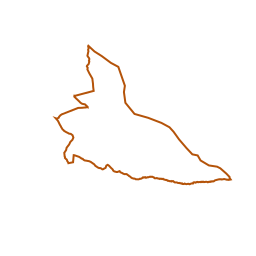 Berekum West, Brong Ahafo, Ghana, rotated 334°
{"feature_id": "2480657B54527757245703", "entity_name": "Berekum West", "entity_type": "district", "adm_level": 2, "iso_a3": "GHA", "parent_name": "Ghana", "parent_adm1": "Brong Ahafo", "projection": "mercator", "projection_center": [-2.676, 7.472], "detail": "fine", "context": "isolated", "style": "outline", "palette": "amber", "viewbox_px": 256, "rotation_deg": 334, "n_neighbors": 0, "source": "geoboundaries", "source_scale": "gbopen_adm2", "svg_char_len": 5568}
<svg xmlns="http://www.w3.org/2000/svg" viewBox="0 0 256 256"><g transform="rotate(334 128 128)"><path d="M197.7,219.3L197.4,217.5L197.8,216.5L196.4,212.1L193.3,204.7L191.1,201.8L184.3,197.1L179.0,189.0L178.6,183.2L174.3,179.9L171.8,171.8L168.9,160.7L167.3,151.3L165.6,145.5L160.3,138.1L150.6,127.7L140.0,118.2L136.7,104.2L140.1,93.9L143.7,88.7L146.1,68.8L141.2,62.0L135.9,51.8L131.4,44.5L128.4,36.7L128.1,36.9L128.0,37.2L127.8,37.6L127.8,38.9L126.8,39.8L126.5,40.1L126.3,40.7L126.1,41.5L126.0,41.8L125.3,42.6L123.9,44.4L123.6,44.8L123.3,45.1L123.2,45.4L123.2,45.7L123.2,46.0L123.4,47.0L123.6,48.0L123.6,48.3L123.5,49.0L122.6,50.3L122.4,50.4L122.3,50.5L122.3,51.4L120.7,53.2L120.3,53.4L119.1,53.8L118.8,54.0L118.3,54.2L118.0,54.6L118.2,56.2L117.9,56.6L117.2,57.5L117.2,59.0L117.2,62.0L117.6,67.8L117.6,68.0L116.9,70.0L116.0,72.7L114.7,75.8L113.4,79.6L94.3,75.8L94.0,75.5L93.6,76.0L93.5,76.4L93.6,76.8L93.9,77.2L94.1,78.2L94.9,80.2L96.0,83.2L96.2,84.0L96.5,84.7L97.3,86.0L98.2,86.8L99.2,87.5L99.6,87.8L99.9,88.3L100.1,89.2L100.5,89.8L100.6,90.1L100.5,90.6L100.5,90.8L100.6,91.2L100.9,91.4L100.8,91.7L100.5,91.4L98.9,91.0L97.8,90.5L95.6,89.7L92.0,88.1L75.6,86.8L74.8,86.7L73.8,86.8L73.0,86.9L72.2,87.2L71.5,87.5L71.1,87.6L70.8,87.8L70.3,88.4L68.1,88.4L67.9,88.2L67.3,87.6L67.9,89.8L68.1,90.3L68.2,91.7L68.2,92.9L68.2,95.3L68.4,97.2L68.3,98.2L68.5,99.2L68.5,100.1L68.6,100.7L69.1,101.5L69.2,102.4L70.7,104.7L71.8,106.1L72.5,107.2L73.1,107.6L74.0,108.2L75.0,110.2L74.7,112.7L72.8,114.3L71.3,114.8L70.8,115.0L69.6,115.5L69.4,115.8L67.9,117.0L64.2,118.8L62.7,120.7L59.8,122.4L59.7,122.8L58.6,125.8L58.7,126.0L58.6,126.7L58.2,127.2L58.3,127.6L58.7,128.8L59.0,129.2L59.1,129.8L59.0,130.8L58.9,131.2L59.0,131.8L59.1,132.0L59.1,132.5L59.1,133.0L59.0,133.5L63.6,134.7L67.3,128.6L67.8,128.9L70.1,131.2L70.8,131.9L71.4,132.5L71.7,133.1L72.0,133.5L72.4,134.0L72.5,134.3L72.5,134.5L72.7,134.9L73.1,135.4L73.7,135.7L73.8,135.9L74.0,136.8L74.5,137.7L75.0,138.3L75.8,138.8L78.1,140.5L78.6,140.9L79.6,142.1L79.9,142.5L80.0,142.9L80.2,143.2L80.5,143.6L80.8,144.1L81.0,144.6L81.1,144.9L81.5,145.4L81.7,145.8L82.0,147.3L82.0,147.6L82.5,148.5L82.8,148.7L83.1,149.5L83.5,150.2L83.8,150.5L84.5,151.4L84.9,151.5L85.9,152.2L86.1,152.6L86.4,153.1L86.8,153.9L87.9,154.2L88.2,154.1L88.5,154.0L90.1,154.0L90.3,154.0L90.5,153.9L91.2,153.1L92.1,152.3L93.6,152.2L94.4,153.6L94.6,154.2L94.9,155.3L95.4,156.8L96.0,158.3L96.1,158.8L96.0,159.6L96.1,160.0L96.7,161.1L97.5,161.7L98.3,162.5L99.2,162.9L100.8,163.0L101.5,163.1L101.5,163.4L101.7,164.2L101.8,164.5L102.5,165.3L103.1,166.0L103.5,166.6L103.6,166.9L104.7,168.0L106.2,168.6L106.7,169.0L107.0,169.9L107.7,170.9L107.9,171.7L108.5,172.4L109.1,173.9L109.8,175.0L110.6,175.6L110.9,176.0L111.8,176.4L111.9,176.5L112.5,177.5L115.1,178.8L116.1,178.9L116.4,178.8L116.6,178.9L116.8,179.1L117.2,179.2L117.7,179.3L118.4,179.3L118.9,179.2L119.2,179.1L119.6,178.9L119.9,178.9L120.1,179.0L120.3,179.4L120.7,179.4L120.8,179.6L121.2,179.6L121.8,179.7L121.8,179.8L122.2,180.4L122.2,180.5L122.6,180.7L122.9,180.7L123.8,180.7L124.0,180.8L124.2,181.1L124.6,181.2L125.6,181.3L126.2,181.4L126.5,181.4L126.9,181.8L127.0,181.9L127.3,181.9L127.7,182.2L127.9,182.2L128.3,182.3L128.6,182.7L129.6,183.7L129.7,184.0L129.7,184.3L129.8,184.4L129.8,184.6L130.1,185.0L130.4,185.1L131.3,185.5L132.0,185.6L132.5,186.3L132.8,186.4L133.1,186.7L133.5,187.1L133.8,187.3L134.0,187.3L134.2,187.7L134.7,187.7L134.8,187.9L135.6,188.1L135.9,188.6L136.3,188.7L136.5,188.9L136.7,189.0L137.2,189.0L137.3,189.2L137.3,189.4L137.3,189.6L137.5,189.8L137.9,190.2L138.1,190.2L138.3,190.4L138.5,190.7L139.3,191.4L139.7,191.5L139.9,191.9L140.5,192.3L140.6,192.6L140.6,192.8L140.7,193.0L141.2,193.1L141.5,193.5L141.8,193.8L142.0,194.0L142.3,194.0L142.5,194.1L142.9,194.5L143.1,194.7L143.4,194.7L143.4,194.9L143.4,195.0L143.5,195.1L144.0,195.0L144.5,195.2L144.7,195.4L145.2,195.4L145.3,195.5L145.5,195.9L145.5,196.2L145.5,196.3L145.7,196.5L145.9,196.9L146.2,197.3L146.3,197.5L147.6,198.1L148.1,198.4L148.6,199.1L150.1,200.1L150.5,200.1L150.8,200.7L150.9,200.8L151.7,201.1L151.8,201.2L151.8,201.4L151.9,201.6L152.1,201.6L152.2,201.8L152.4,201.9L152.5,201.9L152.5,202.2L152.6,202.3L152.9,202.5L153.3,202.6L153.7,202.9L153.9,202.9L154.1,202.9L154.4,202.8L154.6,202.8L154.7,203.0L155.3,203.6L155.7,204.0L156.4,204.2L157.1,204.4L157.6,204.5L157.9,204.8L158.2,204.9L158.4,205.1L158.5,205.4L158.8,205.6L160.4,205.6L160.5,205.6L161.6,206.0L161.9,206.0L161.9,206.3L162.0,206.4L162.3,206.3L162.7,206.0L162.8,205.7L163.0,205.6L164.3,206.1L164.6,206.7L164.8,206.8L165.1,206.8L165.6,206.7L165.9,206.7L166.2,206.7L166.5,207.0L167.0,207.0L167.5,207.6L167.8,207.6L168.8,208.0L169.4,208.2L169.4,208.3L169.6,208.5L169.8,208.4L170.1,208.4L170.2,208.6L170.4,208.8L170.9,208.8L171.3,209.2L171.8,209.1L172.0,209.2L172.0,209.4L172.2,209.5L172.4,209.7L172.5,209.9L173.2,210.1L173.3,210.2L173.5,210.2L174.2,210.5L174.6,210.5L175.2,211.0L175.8,211.4L176.0,211.8L177.1,211.8L177.3,211.9L177.5,211.9L177.6,212.1L177.8,212.3L178.0,212.3L178.3,212.5L179.0,212.3L179.3,212.4L179.5,212.6L179.9,212.7L179.9,212.8L180.3,212.8L180.5,213.1L181.2,213.3L181.5,213.5L181.9,213.5L182.9,213.2L183.9,213.3L185.4,213.6L187.7,214.1L187.9,214.3L188.1,214.5L188.3,214.6L188.5,214.6L189.0,214.7L189.4,215.0L189.6,215.2L189.7,215.4L190.3,215.5L190.7,215.7L191.7,215.9L192.3,216.2L192.4,216.3L192.9,216.7L193.7,217.4L193.8,217.5L194.0,217.7L194.3,217.7L194.5,217.9L194.9,218.2L195.1,218.4L195.3,218.4L195.4,218.6L196.2,218.8L196.3,218.9L196.6,219.0L197.1,218.9L197.2,219.0L197.3,219.2L197.7,219.3Z" fill="none" stroke="#b45309" stroke-width="2"/></g></svg>